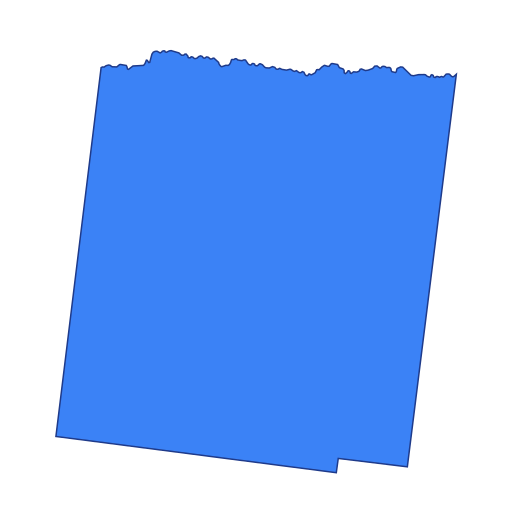 the district of Traill, North Dakota, United States of America, rotated 277°
{"feature_id": "52423323B89415908777335", "entity_name": "Traill", "entity_type": "district", "adm_level": 2, "iso_a3": "USA", "parent_name": "United States of America", "parent_adm1": "North Dakota", "projection": "natural_earth1", "projection_center": [-96.868, 47.455], "detail": "fine", "context": "isolated", "style": "filled", "palette": "blue", "viewbox_px": 512, "rotation_deg": 277, "n_neighbors": 0, "source": "geoboundaries", "source_scale": "gbopen_adm2", "svg_char_len": 2735}
<svg xmlns="http://www.w3.org/2000/svg" viewBox="0 0 512 512"><g transform="rotate(277 256 256)"><path d="M65.2,431.9L460.8,432.7L458.2,430.4L457.9,429.6L457.9,428.8L458.5,427.7L460.0,425.9L460.1,424.5L459.7,422.6L456.6,420.4L456.4,419.8L456.8,418.5L456.7,417.9L455.7,416.3L456.1,415.5L456.3,413.8L455.9,412.8L455.1,412.5L455.0,411.6L455.4,410.5L456.8,409.9L457.4,408.5L456.9,407.7L455.1,407.1L454.7,406.3L455.3,403.9L456.5,402.2L456.6,401.0L455.8,395.2L454.1,390.4L454.2,387.9L461.3,378.6L461.3,376.5L459.4,373.4L458.6,373.0L456.1,372.8L455.1,372.1L455.5,368.5L456.0,367.9L458.6,366.9L459.3,365.9L459.4,365.1L458.9,362.7L459.8,360.8L459.8,359.0L459.3,358.0L457.8,356.9L457.7,355.9L459.4,353.0L458.9,350.7L456.3,348.9L454.1,344.6L453.4,342.0L454.5,337.9L454.0,336.6L452.3,336.0L451.5,335.0L450.8,333.5L450.7,330.4L448.8,328.3L448.9,327.4L450.6,326.6L451.2,325.6L451.0,324.8L449.0,323.7L447.9,322.4L448.6,321.2L451.0,320.8L452.3,319.6L453.1,315.8L456.0,313.7L456.3,309.0L456.3,307.9L455.6,306.9L453.2,305.5L453.0,303.9L453.6,300.9L453.4,300.4L451.5,298.2L448.6,296.0L448.6,294.6L448.2,293.5L445.1,292.4L442.7,289.1L442.6,288.4L443.2,286.9L443.1,286.3L441.6,285.5L441.2,284.9L441.2,283.7L442.0,282.6L444.2,281.2L444.7,279.5L443.5,278.3L443.3,277.2L443.4,276.2L444.9,273.6L443.9,271.7L444.1,270.5L445.5,267.8L445.5,266.9L444.2,263.6L444.4,258.8L445.0,257.3L445.1,256.4L444.1,255.2L443.9,254.1L444.2,253.0L445.5,251.7L446.0,249.3L444.2,246.3L444.0,243.0L444.5,241.5L446.6,239.1L447.3,237.0L447.1,236.0L445.1,234.3L444.9,233.6L444.9,232.5L445.2,231.8L446.4,231.1L446.7,229.7L446.6,228.9L444.9,227.6L444.9,226.8L445.2,225.5L445.8,224.7L449.2,221.7L449.2,220.4L449.1,219.9L448.2,218.3L448.2,216.2L448.4,213.8L449.2,212.9L449.4,212.0L449.2,211.2L448.3,210.1L448.1,208.1L447.6,207.7L444.9,207.2L443.0,206.4L441.8,205.3L441.6,202.8L439.8,199.1L439.8,198.3L440.9,196.9L442.4,195.7L443.6,195.3L447.3,190.1L447.0,189.0L446.2,188.1L446.0,186.6L447.4,184.5L447.6,183.0L447.5,182.5L446.2,181.1L446.1,180.2L446.3,179.5L447.5,178.3L447.9,176.6L447.0,174.9L445.2,173.3L444.5,171.7L444.5,170.7L445.6,169.2L445.9,167.9L445.7,167.2L444.8,166.8L444.5,165.4L444.7,164.5L446.0,164.1L447.9,162.1L447.7,160.8L446.5,159.7L446.2,157.7L448.2,154.7L449.5,146.7L449.0,144.9L447.3,142.3L447.5,141.0L448.3,140.6L448.5,139.7L447.9,138.1L446.7,137.3L445.9,136.1L447.2,132.8L446.8,130.9L445.8,129.2L443.7,128.1L435.2,126.9L434.9,126.0L436.9,124.3L437.1,123.7L437.0,123.3L433.5,122.4L431.5,121.2L429.6,110.7L425.7,106.7L425.9,105.7L428.2,104.8L429.3,104.0L429.6,98.1L429.3,97.2L426.7,94.8L426.3,90.1L427.5,87.9L427.6,86.4L426.6,84.0L425.0,82.2L424.9,80.5L424.1,79.3L52.5,79.4L50.7,362.1L65.1,362.3L65.2,431.9Z" fill="#3b82f6" stroke="#1e3a8a" stroke-width="1.5"/></g></svg>